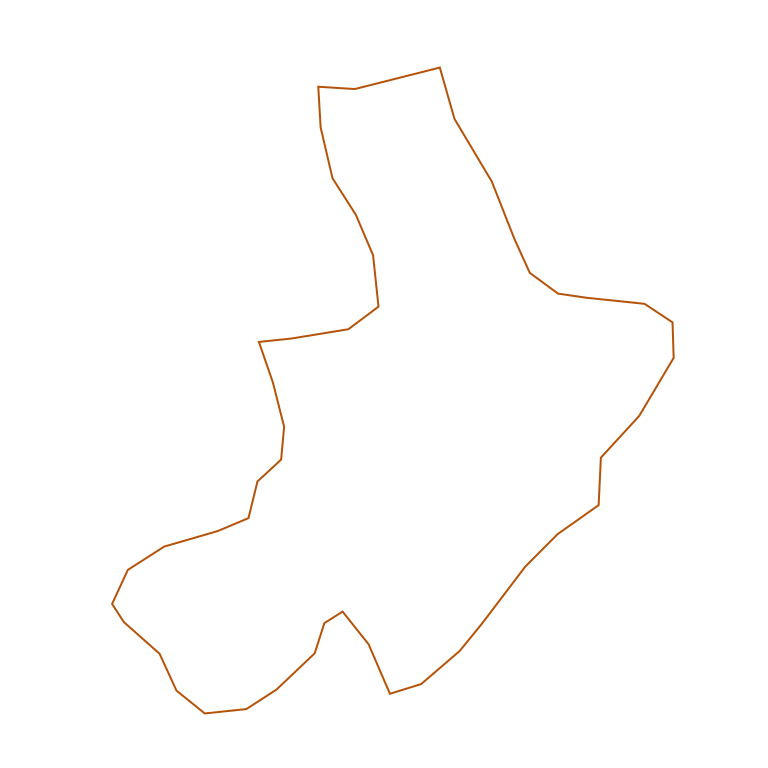 Gothenburg, Västra Götaland, Sweden (orthographic projection), rotated 174°
{"feature_id": "70781695B76264906816615", "entity_name": "Gothenburg", "entity_type": "district", "adm_level": 2, "iso_a3": "SWE", "parent_name": "Sweden", "parent_adm1": "Västra Götaland", "projection": "orthographic", "projection_center": [12.014, 57.721], "detail": "fine", "context": "isolated", "style": "outline", "palette": "amber", "viewbox_px": 768, "rotation_deg": 174, "n_neighbors": 0, "source": "geoboundaries", "source_scale": "gbopen_adm2", "svg_char_len": 793}
<svg xmlns="http://www.w3.org/2000/svg" viewBox="0 0 768 768"><g transform="rotate(174 384 384)"><path d="M418.3,686.5L420.2,645.7L413.7,594.0L394.3,555.2L381.4,513.2L381.4,461.5L413.7,442.2L471.8,438.9L502.7,438.9L504.0,438.9L494.3,397.0L487.8,351.9L494.2,319.6L520.0,300.3L532.8,264.8L564.9,255.1L619.6,245.3L636.5,236.8L658.2,225.9L677.4,193.7L667.6,174.4L635.4,139.2L622.4,100.7L596.7,75.1L594.2,75.1L554.9,75.1L522.9,91.3L481.1,123.4L468.3,152.4L449.0,162.0L426.5,126.7L411.0,77.0L410.5,75.3L378.4,81.7L336.6,110.6L310.9,136.2L262.6,187.6L227.1,216.5L183.2,241.1L176.0,288.1L133.5,325.6L93.2,379.7L90.6,415.1L116.5,436.5L173.2,448.5L201.5,455.7L227.4,479.3L239.2,514.8L255.6,574.0L286.2,640.3L295.4,692.9L382.2,680.4L418.3,686.5Z" fill="none" stroke="#b45309" stroke-width="2"/></g></svg>